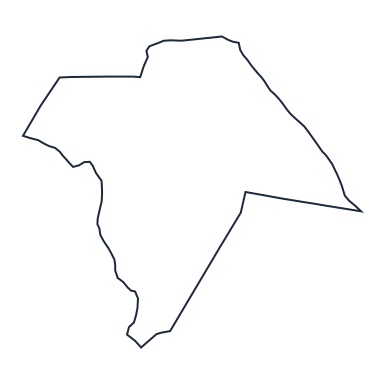 Junqueiro, Alagoas, Brazil
{"feature_id": "56859067B20024464434808", "entity_name": "Junqueiro", "entity_type": "district", "adm_level": 2, "iso_a3": "BRA", "parent_name": "Brazil", "parent_adm1": "Alagoas", "projection": "robinson", "projection_center": [-36.435, -9.874], "detail": "fine", "context": "isolated", "style": "outline", "palette": "slate", "viewbox_px": 384, "rotation_deg": 0, "n_neighbors": 0, "source": "geoboundaries", "source_scale": "gbopen_adm2", "svg_char_len": 1419}
<svg xmlns="http://www.w3.org/2000/svg" viewBox="0 0 384 384"><path d="M238.7,42.8L233.1,41.8L228.4,40.0L221.9,36.5L181.6,40.7L170.5,40.3L163.4,40.8L159.3,42.6L153.8,44.6L149.3,46.4L146.4,50.9L147.8,57.0L143.8,66.1L140.2,77.1L132.8,76.6L107.2,76.6L71.3,77.0L59.6,77.5L40.7,105.6L23.0,135.8L30.2,138.1L38.1,140.1L43.3,143.2L48.8,146.0L55.1,147.9L60.0,152.0L62.9,155.8L66.4,159.6L69.7,163.4L73.1,166.9L78.9,165.4L84.3,162.1L89.8,161.8L92.7,165.7L96.0,173.0L101.6,180.9L101.9,186.9L102.1,192.8L101.7,201.3L100.1,207.9L97.7,218.6L97.4,224.2L99.4,228.5L100.3,234.8L103.7,241.2L108.3,248.0L111.0,252.8L114.4,259.5L115.2,265.2L115.2,270.5L117.7,277.9L123.2,282.0L127.7,287.5L131.0,290.6L135.1,291.5L138.0,298.5L137.5,307.8L136.1,315.1L133.9,322.5L129.0,327.1L127.0,334.6L135.3,341.0L141.1,347.5L156.5,334.1L161.6,332.6L170.1,331.1L217.0,252.1L219.9,247.2L240.8,212.6L245.5,192.0L268.5,196.1L281.2,198.4L299.0,201.3L304.6,202.2L312.4,203.4L326.0,205.7L361.0,211.3L355.8,206.3L349.2,200.8L344.9,195.8L343.3,190.8L342.0,186.4L339.8,180.6L337.1,174.3L334.7,169.4L332.2,164.1L328.4,158.6L325.5,154.7L322.2,151.5L318.9,146.6L315.2,141.3L311.7,136.5L309.2,132.9L304.5,126.7L299.9,122.4L295.4,118.5L290.6,114.0L287.6,110.4L284.5,106.2L281.9,102.6L278.3,98.1L274.3,94.0L270.3,90.4L267.1,85.6L264.7,81.6L261.8,77.7L257.3,72.7L251.6,65.9L247.3,59.8L243.3,55.2L240.2,49.9L238.7,42.8Z" fill="none" stroke="#1e293b" stroke-width="2"/></svg>